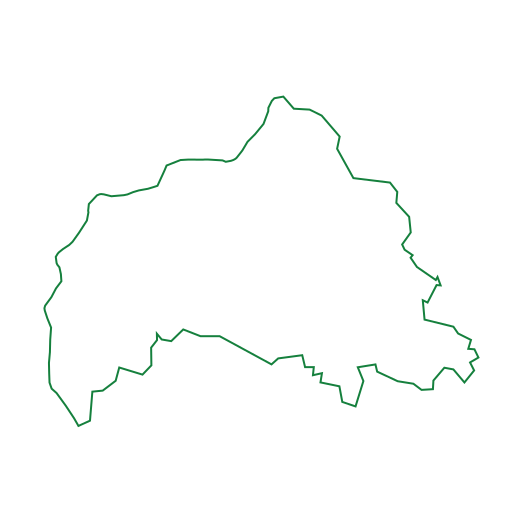 Tetovo, Tetovo, North Macedonia (orthographic projection), rotated 356°
{"feature_id": "65306769B82420997238505", "entity_name": "Tetovo", "entity_type": "district", "adm_level": 2, "iso_a3": "MKD", "parent_name": "North Macedonia", "parent_adm1": "Tetovo", "projection": "orthographic", "projection_center": [20.883, 42.045], "detail": "fine", "context": "isolated", "style": "outline", "palette": "green", "viewbox_px": 512, "rotation_deg": 356, "n_neighbors": 0, "source": "geoboundaries", "source_scale": "gbopen_adm2", "svg_char_len": 1842}
<svg xmlns="http://www.w3.org/2000/svg" viewBox="0 0 512 512"><g transform="rotate(356 256 256)"><path d="M344.8,413.0L354.4,388.2L349.8,374.1L367.6,372.5L368.8,379.8L388.6,390.8L404.1,394.4L411.8,401.1L423.2,401.2L424.3,392.6L436.1,380.6L445.0,382.9L455.1,396.7L465.6,385.4L462.1,377.1L470.8,372.8L467.4,364.3L461.3,363.4L464.6,354.7L452.2,347.4L448.0,340.3L419.7,331.2L419.3,311.8L423.9,314.4L434.1,297.6L438.1,298.2L435.6,289.6L433.7,292.5L415.8,278.2L410.1,268.5L412.3,266.1L404.7,260.1L402.6,254.7L412.0,243.3L411.5,227.6L399.7,212.8L401.4,201.9L394.8,192.1L358.6,185.1L344.4,154.7L347.8,142.7L331.3,120.5L319.7,113.7L304.0,111.7L294.4,98.9L285.3,99.9L282.6,102.4L278.7,109.0L278.3,112.5L272.7,124.8L263.6,134.4L255.5,141.5L249.8,149.7L248.5,151.2L243.6,156.6L242.3,157.6L240.2,158.6L237.7,159.3L232.4,159.9L230.1,158.7L229.3,158.3L214.7,156.4L211.8,156.2L209.3,156.2L195.5,155.1L187.4,155.0L173.1,159.5L170.9,163.9L168.9,167.6L162.6,179.1L158.6,180.1L152.9,181.4L143.7,182.4L137.9,183.7L132.1,185.6L128.5,186.1L115.9,186.3L111.6,184.9L108.5,183.9L105.9,183.4L104.4,183.5L101.6,184.4L92.9,192.5L91.7,199.3L91.9,200.7L89.8,208.8L81.1,220.4L74.0,229.0L70.5,231.9L64.1,235.5L59.6,238.6L58.3,239.9L56.2,242.9L56.6,249.2L57.2,250.8L59.1,253.6L60.1,260.4L60.1,267.6L54.2,274.4L51.6,278.6L49.0,282.8L42.2,290.8L41.3,293.3L41.5,295.7L43.5,303.6L46.6,313.1L44.9,325.0L43.7,337.6L42.0,348.2L41.5,358.7L41.2,367.9L42.9,374.1L47.5,378.8L55.8,392.1L63.2,405.2L66.4,411.8L67.0,413.1L78.9,408.7L83.3,379.9L93.7,379.6L107.3,370.7L111.8,357.7L134.5,366.4L144.0,357.8L145.0,340.1L151.4,333.0L151.7,326.6L156.1,332.7L165.5,335.0L178.3,324.2L195.0,332.1L214.2,333.5L263.9,365.2L271.0,359.7L295.2,358.2L297.2,370.3L305.9,370.9L304.5,378.9L313.6,377.5L311.5,386.6L330.1,391.8L331.9,407.6L344.8,413.0Z" fill="none" stroke="#15803d" stroke-width="2"/></g></svg>